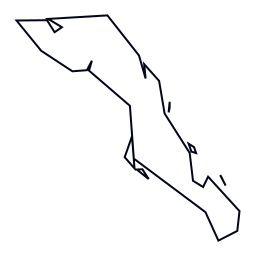 map outline of Baja California Sur (Albers equal-area conic projection)
{"feature_id": "MEX-2707", "entity_name": "Baja California Sur", "entity_type": "State", "adm_level": 1, "iso_a3": "MEX", "parent_name": "Mexico", "parent_adm1": "", "projection": "albers", "projection_center": [-111.883, 25.437], "detail": "coarse", "context": "isolated", "style": "outline", "palette": "ink", "viewbox_px": 256, "rotation_deg": 0, "n_neighbors": 0, "source": "natural_earth", "source_scale": "10m", "svg_char_len": 681}
<svg xmlns="http://www.w3.org/2000/svg" viewBox="0 0 256 256"><path d="M48.1,18.9L107.4,15.4L139.0,55.5L145.6,78.5L144.2,64.2L159.1,80.9L164.6,113.5L189.7,153.0L193.0,180.8L203.1,187.0L208.1,176.7L239.5,211.1L237.3,230.9L218.4,240.6L205.5,212.2L133.8,158.6L129.9,105.8L89.0,70.6L91.9,60.7L86.9,70.2L72.4,71.3L41.2,50.8L16.5,20.5L47.0,20.2L54.6,32.2L61.9,27.2L48.1,18.9ZM132.0,136.3L134.5,168.4L124.7,157.2L132.0,136.3ZM142.4,169.3L148.7,179.0L136.7,169.5L142.4,169.3ZM188.6,143.7L194.0,147.1L196.1,153.1L191.4,151.6L188.6,143.7ZM169.7,101.8L169.6,108.1L168.6,112.4L169.7,101.8ZM220.7,175.7L225.6,185.6L220.2,175.2L220.7,175.7Z" fill="none" stroke="#020617" stroke-width="2"/></svg>